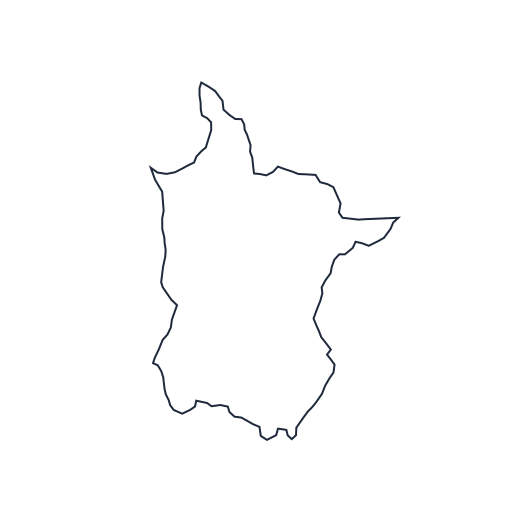 outline of Esperança, Paraíba, Brazil, rotated 243°
{"feature_id": "56859067B22876430422042", "entity_name": "Esperança", "entity_type": "district", "adm_level": 2, "iso_a3": "BRA", "parent_name": "Brazil", "parent_adm1": "Paraíba", "projection": "robinson", "projection_center": [-35.884, -7.007], "detail": "fine", "context": "isolated", "style": "outline", "palette": "slate", "viewbox_px": 512, "rotation_deg": 243, "n_neighbors": 0, "source": "geoboundaries", "source_scale": "gbopen_adm2", "svg_char_len": 1929}
<svg xmlns="http://www.w3.org/2000/svg" viewBox="0 0 512 512"><g transform="rotate(243 256 256)"><path d="M427.8,291.0L435.4,286.0L431.1,281.8L424.5,278.5L417.9,276.3L411.6,273.3L405.8,271.7L400.9,275.1L395.5,276.7L388.6,273.3L381.9,266.8L375.5,260.6L374.1,254.7L371.7,248.1L367.4,243.2L367.6,237.0L367.4,229.3L367.4,221.8L369.7,213.7L375.0,206.2L382.4,202.3L369.7,200.7L355.9,201.6L338.1,194.2L332.1,189.5L322.5,184.7L313.8,182.6L309.1,180.5L302.5,178.3L296.7,174.9L288.3,168.1L275.7,159.6L270.5,158.7L263.0,159.7L255.5,160.7L248.0,163.3L242.9,157.9L237.5,152.2L230.9,147.6L226.2,141.4L223.7,134.8L216.9,127.0L211.5,119.9L207.3,115.6L203.1,118.9L196.3,119.3L190.1,118.3L185.4,116.5L178.8,114.1L173.6,112.8L167.1,112.8L162.2,111.8L156.1,112.8L149.0,118.7L148.8,127.6L149.6,133.3L154.2,137.1L147.2,145.7L142.3,148.2L139.4,156.6L134.6,162.5L129.1,161.5L122.6,163.9L118.7,169.6L112.7,173.6L107.5,177.0L102.2,181.5L93.5,178.6L87.2,182.3L87.2,192.6L92.2,197.2L87.3,204.1L81.8,202.8L76.6,204.7L78.2,210.3L84.7,214.0L90.5,224.8L93.8,231.4L95.9,237.6L98.5,243.4L103.2,252.2L109.1,258.8L114.0,266.5L117.0,272.1L123.6,276.7L129.9,275.7L135.9,274.5L138.7,280.2L147.6,278.6L153.9,277.3L160.8,278.0L166.8,278.3L174.2,278.9L181.4,286.7L187.0,293.1L192.5,298.1L198.3,300.3L202.7,306.6L206.8,314.7L212.3,318.9L217.2,324.2L219.7,331.0L217.1,336.0L219.3,345.9L223.5,351.2L219.0,356.5L213.9,361.1L213.8,371.6L214.1,378.3L216.6,383.3L219.1,388.2L223.5,393.4L225.4,400.2L239.6,369.2L241.8,364.0L250.8,350.4L257.1,349.6L264.4,355.2L275.1,355.8L282.2,356.2L287.7,352.2L292.7,346.6L301.2,345.9L305.8,338.1L309.8,331.0L315.0,326.4L320.3,321.1L325.7,316.1L323.2,309.3L323.2,301.8L327.4,296.5L330.4,291.7L338.6,294.7L345.2,297.3L351.7,298.1L357.2,301.5L362.4,302.2L368.1,303.1L373.6,303.2L378.6,305.2L384.5,305.2L387.5,299.7L393.8,296.3L401.2,293.5L409.4,296.6L416.3,295.3L421.4,294.5L427.8,291.0Z" fill="none" stroke="#1e293b" stroke-width="2"/></g></svg>